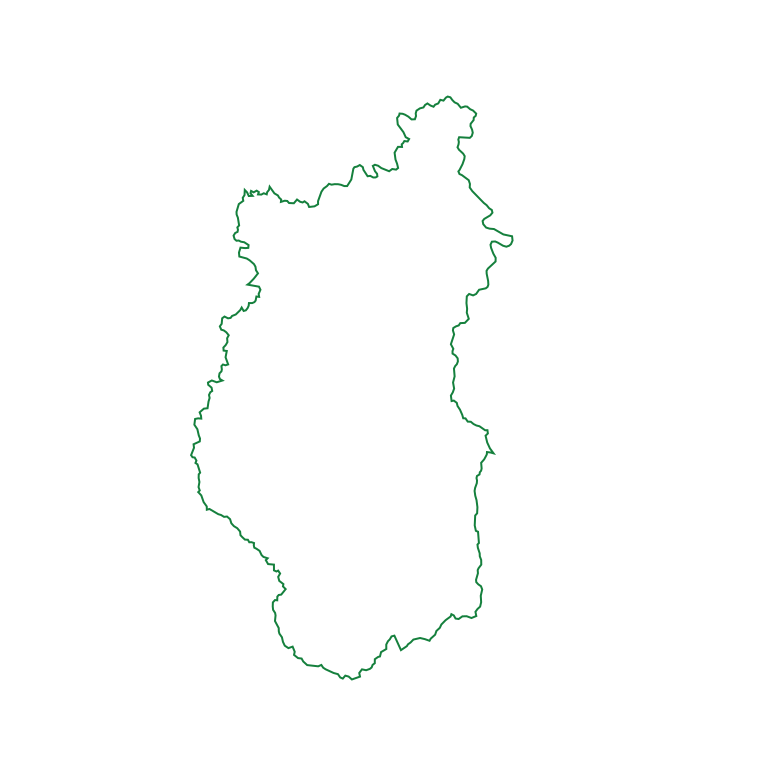 Torixoréu, Mato Grosso, Brazil, rotated 321°
{"feature_id": "56859067B4494078996618", "entity_name": "Torixoréu", "entity_type": "district", "adm_level": 2, "iso_a3": "BRA", "parent_name": "Brazil", "parent_adm1": "Mato Grosso", "projection": "equal_earth", "projection_center": [-52.851, -16.299], "detail": "fine", "context": "isolated", "style": "outline", "palette": "green", "viewbox_px": 768, "rotation_deg": 321, "n_neighbors": 0, "source": "geoboundaries", "source_scale": "gbopen_adm2", "svg_char_len": 6166}
<svg xmlns="http://www.w3.org/2000/svg" viewBox="0 0 768 768"><g transform="rotate(321 384 384)"><path d="M173.1,593.4L181.2,596.3L182.9,593.0L187.3,591.9L190.0,595.2L193.7,596.5L196.0,596.5L198.4,595.1L201.1,595.2L203.7,592.1L207.6,592.4L209.4,593.2L213.0,590.5L219.0,591.4L221.8,587.9L225.2,586.4L227.8,586.1L231.0,584.9L233.7,586.1L229.7,601.5L236.8,602.1L238.8,601.4L242.1,601.6L246.0,601.1L252.2,604.1L255.2,608.0L257.8,612.2L260.0,611.3L266.0,611.0L269.3,608.9L274.0,608.6L277.2,607.0L283.2,606.3L289.5,606.6L291.5,605.3L292.6,607.8L292.0,611.3L294.1,613.6L298.7,613.9L302.1,616.5L304.7,620.9L309.7,622.4L311.7,618.6L315.1,617.7L318.6,617.5L322.2,614.7L325.9,609.5L331.0,605.5L332.1,602.2L331.2,599.0L331.0,596.1L332.3,594.1L337.9,590.2L339.7,587.6L341.5,586.7L345.9,585.6L348.8,581.9L350.0,578.2L351.8,575.8L353.9,570.3L355.6,567.6L357.7,567.3L364.1,558.0L363.0,555.9L365.5,551.0L372.1,543.6L375.0,543.1L379.1,538.5L382.8,532.5L384.6,528.3L387.1,524.1L389.4,522.1L393.7,519.5L395.6,517.5L396.7,515.3L398.4,514.0L401.3,514.4L402.9,512.9L404.9,512.5L406.7,511.1L409.9,506.4L414.4,505.6L417.1,504.5L419.6,503.4L421.2,501.7L423.7,504.3L425.5,506.8L425.8,500.7L427.4,494.4L430.4,488.1L433.6,487.8L435.3,485.0L433.5,483.6L431.6,476.9L429.7,474.4L428.4,471.5L427.7,468.0L425.4,465.9L425.7,462.0L424.0,460.5L425.4,457.2L426.9,451.7L427.3,447.4L428.7,444.4L427.8,440.8L425.8,439.8L428.7,435.1L432.2,433.8L435.6,431.7L438.6,426.3L443.7,422.5L448.1,416.0L450.8,414.8L453.0,414.5L455.6,413.0L457.4,410.4L457.5,406.8L456.4,403.5L458.0,401.5L460.0,400.3L461.0,395.2L469.7,389.6L471.3,385.7L473.1,384.1L476.2,384.5L478.9,385.5L481.6,384.7L485.3,387.4L490.9,386.7L493.2,380.7L495.9,377.9L499.0,373.0L503.5,368.0L506.8,367.6L509.0,371.2L512.3,372.0L517.2,370.6L523.3,373.7L525.6,373.7L527.6,372.5L529.8,369.4L533.2,362.9L534.9,360.6L537.4,359.7L547.8,359.0L550.2,356.2L551.0,351.5L552.9,345.6L554.4,342.8L557.4,341.3L560.1,343.2L561.4,345.7L563.5,351.4L565.5,354.3L568.3,355.3L570.8,355.2L574.2,353.4L576.5,349.8L570.9,342.9L567.0,332.8L563.8,329.7L561.8,326.7L561.7,322.3L563.2,319.4L565.8,318.8L572.7,319.8L576.1,319.1L577.3,316.6L576.3,313.6L576.3,309.6L575.5,306.1L574.0,289.7L574.3,285.2L576.7,282.6L578.1,278.9L576.0,270.7L574.8,268.3L575.6,265.6L577.4,265.2L583.3,262.6L588.0,259.7L590.1,257.7L590.5,254.8L589.7,249.2L590.1,246.3L592.7,244.7L594.5,243.0L595.6,240.8L597.7,239.5L605.6,246.7L608.3,246.5L611.1,244.6L612.5,241.8L613.5,238.0L615.1,236.3L619.7,235.3L621.5,233.4L624.0,233.3L625.8,231.9L625.3,227.5L623.9,224.7L623.2,220.8L621.7,219.3L617.6,217.7L617.6,212.6L616.1,209.5L615.8,206.3L616.0,203.0L614.4,200.7L612.3,200.4L608.6,201.2L606.6,198.6L602.7,200.1L599.5,199.1L597.0,199.7L595.4,196.9L594.3,193.3L591.5,193.0L588.7,193.9L585.4,192.4L581.3,192.0L579.0,193.6L577.5,195.9L574.6,197.7L571.9,195.7L571.2,191.6L569.8,187.9L568.5,185.7L566.3,183.6L564.6,184.9L561.6,185.5L558.0,191.0L557.6,200.5L556.2,205.9L557.7,209.4L555.0,210.4L552.7,208.0L550.5,208.8L548.6,208.9L547.2,211.1L544.1,208.5L537.8,210.9L534.2,216.8L532.8,221.0L530.9,225.0L528.3,225.0L525.7,222.1L521.9,221.9L517.8,214.5L516.8,210.7L514.9,207.9L512.6,207.5L510.9,213.0L510.9,216.3L509.5,218.5L507.5,218.2L505.6,216.7L504.3,213.6L502.0,212.2L502.8,204.6L504.0,202.2L503.0,198.6L500.0,198.1L497.5,196.9L495.7,197.4L487.3,204.5L479.9,207.0L477.7,205.2L476.0,202.2L474.2,200.0L471.5,197.7L468.7,196.1L467.2,193.8L464.3,194.3L460.1,194.1L456.4,195.2L447.8,200.4L445.9,202.8L441.8,202.2L437.2,199.3L438.2,196.1L437.2,192.0L435.0,191.7L433.5,189.6L432.5,185.9L427.7,186.8L424.1,183.6L424.0,180.9L422.2,179.1L418.5,177.6L420.2,175.9L419.8,173.2L420.2,170.7L418.8,166.9L419.3,158.7L416.7,160.8L413.9,161.4L412.2,162.8L410.6,160.1L407.9,159.6L405.4,157.4L407.5,156.1L406.7,153.6L403.3,153.0L402.2,150.3L400.3,151.7L400.3,155.1L397.2,152.8L398.2,148.9L397.9,145.6L394.5,149.4L391.4,150.4L389.9,153.1L384.4,152.8L377.7,157.4L376.1,159.6L375.1,162.8L371.2,169.6L368.6,170.0L367.6,172.2L365.9,173.6L363.4,173.0L360.5,174.0L359.1,177.3L359.5,179.8L361.4,181.1L362.4,183.4L364.6,185.9L366.2,190.8L364.2,192.8L361.6,191.0L358.3,187.7L354.0,190.6L351.8,193.9L356.3,200.1L357.4,203.3L358.4,209.0L357.9,212.0L356.1,215.0L355.7,218.7L349.1,220.2L342.9,221.0L340.5,220.9L348.1,229.7L347.3,233.0L343.3,235.1L341.8,237.7L339.9,235.7L336.7,238.4L334.8,238.8L332.6,238.2L330.0,236.1L328.1,238.0L325.7,239.2L323.0,239.8L320.9,238.9L321.5,235.0L318.8,236.1L312.6,236.7L308.7,235.5L306.4,236.1L304.1,234.8L302.5,231.2L299.6,231.1L295.7,235.1L292.7,235.9L291.7,239.4L293.2,241.5L294.0,244.6L294.0,248.4L290.9,249.7L288.7,252.9L285.6,254.1L282.1,254.6L280.4,257.1L282.6,259.4L277.7,263.5L275.2,270.7L272.6,269.7L271.1,267.5L268.9,267.8L267.2,270.6L265.6,271.9L262.9,272.2L260.4,274.4L259.6,276.9L260.6,279.6L255.1,277.4L252.4,272.9L248.1,272.1L246.9,274.0L247.7,278.3L246.1,281.3L243.8,281.1L241.1,282.4L239.7,285.1L236.6,287.2L231.6,291.8L228.5,289.8L222.9,290.0L221.8,293.5L220.2,295.9L217.9,293.7L215.2,292.3L211.0,296.3L210.5,301.7L207.7,307.4L206.7,310.6L204.7,312.7L198.1,311.0L196.2,314.0L189.3,317.9L189.1,320.4L190.6,322.0L190.0,325.5L187.8,326.7L188.5,329.1L185.3,337.2L183.2,337.6L180.8,340.4L178.9,344.0L175.0,347.4L173.8,350.8L171.6,351.1L171.9,355.6L169.5,362.3L169.2,367.6L167.2,370.2L169.7,371.3L173.3,380.9L174.9,383.2L176.1,386.6L178.6,388.2L179.3,392.2L177.7,396.2L177.9,400.0L179.2,403.7L179.3,408.1L177.3,411.2L177.5,413.9L178.0,417.4L180.2,419.4L179.7,422.2L181.5,423.6L182.9,425.8L181.3,427.4L180.2,429.6L181.2,431.7L182.3,435.4L181.2,439.9L181.5,442.5L183.9,446.2L181.3,446.5L180.6,451.0L184.8,455.1L181.2,459.6L182.4,462.0L184.3,462.4L184.0,465.9L180.4,467.3L178.7,471.1L179.9,476.2L178.1,477.7L178.5,481.5L171.6,483.0L169.4,481.7L167.3,482.1L164.9,484.9L163.3,483.3L160.2,483.8L157.5,486.9L155.7,489.7L155.3,493.4L154.1,495.6L150.1,499.6L148.6,507.4L146.6,510.0L145.6,512.2L145.3,516.6L143.2,520.8L142.2,524.9L143.5,529.1L147.7,530.6L146.1,535.9L143.6,537.9L144.7,542.9L147.2,545.5L146.6,548.8L147.4,554.1L155.2,562.0L158.5,562.9L158.2,566.2L159.1,569.0L163.0,576.9L165.6,580.5L165.3,584.5L166.6,587.0L170.4,586.3L172.4,589.1L173.1,593.4Z" fill="none" stroke="#15803d" stroke-width="2"/></g></svg>